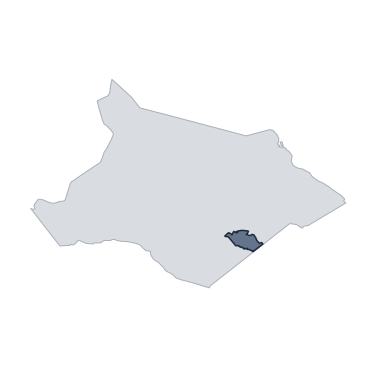 location of Kajiado West, Rift Valley, Kenya, rotated 285°
{"feature_id": "3690345B61385295322660", "entity_name": "Kajiado West", "entity_type": "district", "adm_level": 2, "iso_a3": "KEN", "parent_name": "Kenya", "parent_adm1": "Rift Valley", "projection": "equal_earth", "projection_center": [36.295, -1.696], "detail": "fine", "context": "in_parent", "style": "filled", "palette": "slate", "viewbox_px": 384, "rotation_deg": 285, "n_neighbors": 0, "source": "geoboundaries", "source_scale": "gbopen_adm2", "svg_char_len": 5468}
<svg xmlns="http://www.w3.org/2000/svg" viewBox="0 0 384 384"><g transform="rotate(285 192 192)"><path d="M104.0,233.7L104.0,228.6L104.5,215.7L104.4,204.4L104.9,198.7L107.0,195.1L107.9,192.5L108.6,188.8L109.7,185.9L112.2,183.5L112.6,182.1L115.2,178.1L116.8,172.9L118.0,171.1L119.5,169.5L120.5,168.6L122.2,167.8L123.5,167.3L123.8,166.9L123.9,166.0L123.5,162.8L124.0,161.7L124.9,159.6L126.0,157.6L126.9,156.3L127.5,155.0L127.7,152.7L127.8,151.1L127.7,148.5L127.4,142.5L126.3,137.6L125.7,132.0L126.2,130.1L125.3,126.9L124.9,126.7L124.2,126.0L123.3,122.9L122.6,120.1L122.1,119.4L119.2,116.9L117.7,111.1L116.1,109.8L115.2,104.1L115.0,102.4L116.0,96.7L115.9,95.3L114.9,94.1L112.1,92.9L109.9,90.5L110.1,89.7L110.3,88.8L109.1,88.3L105.7,78.4L110.1,72.5L114.6,66.5L120.3,59.0L125.6,52.0L130.2,46.0L134.2,40.7L134.1,41.7L134.1,43.1L134.6,43.9L135.5,44.5L136.6,43.8L137.6,43.0L138.6,42.8L144.7,45.1L145.7,47.0L145.7,49.1L145.9,50.6L145.5,52.1L144.9,56.7L145.1,61.0L146.9,64.1L148.6,66.6L149.8,70.0L150.8,71.1L152.1,71.6L156.3,71.8L162.5,72.0L168.5,72.2L169.0,72.3L170.3,72.7L175.8,77.4L180.8,81.7L185.1,85.4L189.2,89.0L193.2,92.5L196.3,95.4L199.4,96.3L204.4,96.7L207.8,96.8L211.0,98.1L215.8,99.2L219.3,99.8L221.4,100.5L227.4,101.1L228.4,100.7L231.0,97.5L233.9,92.3L235.0,89.4L238.8,86.5L245.5,82.5L250.2,79.7L255.4,76.9L257.7,79.3L261.0,83.3L262.5,85.2L263.7,86.1L265.4,86.6L267.6,86.7L268.8,86.6L271.2,86.1L276.8,85.6L280.0,85.6L277.3,90.9L274.1,97.1L268.1,108.7L263.6,114.8L260.1,119.4L259.8,120.2L259.8,125.3L259.9,137.8L260.0,162.9L260.1,187.9L260.2,213.0L260.2,225.5L260.2,229.7L263.2,235.0L266.2,240.2L270.1,247.0L272.2,250.6L272.5,251.8L272.4,254.3L269.2,259.4L266.5,261.7L263.0,262.8L261.9,262.6L260.5,261.9L260.0,263.1L259.6,265.0L258.8,264.6L258.2,264.0L258.6,267.4L258.9,269.1L258.4,271.4L256.7,273.3L256.5,275.0L252.8,279.4L247.5,279.9L244.7,282.0L243.5,283.8L242.5,287.7L242.8,293.6L241.4,298.2L241.1,300.5L238.4,303.5L237.1,306.2L236.2,309.0L235.5,310.2L234.5,316.4L233.2,320.2L232.9,321.4L232.6,322.6L231.6,324.8L231.0,326.3L230.5,327.3L227.3,337.0L224.7,341.3L222.8,340.8L221.5,342.5L221.3,343.3L220.6,342.9L219.0,341.3L215.6,338.0L212.2,334.7L208.8,331.4L205.5,328.2L202.1,324.9L198.7,321.6L195.3,318.3L191.9,315.0L189.9,313.1L189.1,312.0L188.4,309.7L188.0,309.1L187.1,308.4L186.1,308.3L185.8,307.8L185.8,306.7L186.2,305.2L187.4,302.1L187.5,300.4L187.3,298.4L186.9,295.1L186.6,294.4L184.3,292.7L179.6,289.2L174.9,285.6L170.2,282.1L165.5,278.6L160.8,275.0L156.1,271.5L151.4,268.0L146.7,264.4L142.0,260.9L137.3,257.4L132.6,253.8L127.9,250.3L123.2,246.7L118.5,243.2L113.8,239.7L109.1,236.1L107.3,234.8L105.7,233.7L104.0,233.7ZM260.5,268.0L259.7,268.3L260.1,266.6L262.5,264.4L263.5,264.9L263.7,265.4L263.7,265.9L263.2,266.3L260.5,268.0Z" fill="#d9dde1" stroke="#a8b0b8" stroke-width="1"/><path d="M168.6,256.6L168.6,256.4L168.7,256.2L168.7,255.9L168.8,255.8L168.8,255.7L168.7,255.2L168.6,254.4L168.5,253.7L168.4,253.5L168.4,253.3L168.4,253.2L168.2,251.8L168.2,251.7L168.1,251.2L167.9,250.7L167.9,250.4L167.8,250.0L167.7,249.7L167.5,249.2L167.4,249.2L167.2,248.7L167.0,248.3L166.9,248.1L166.6,247.4L166.3,246.8L166.1,246.4L165.9,246.5L165.7,246.5L165.4,246.5L165.4,246.4L165.5,246.3L165.4,246.2L165.5,245.8L165.5,245.6L165.3,245.5L165.2,245.4L165.1,245.5L165.1,245.4L165.1,245.5L165.0,245.4L164.9,245.4L164.8,245.5L164.7,245.5L164.3,245.7L164.3,245.4L164.4,245.2L164.2,244.9L164.2,244.7L164.6,244.4L164.6,244.2L164.6,243.8L164.5,243.7L164.4,243.5L164.5,243.4L164.5,243.2L164.6,242.5L161.1,241.6L161.4,241.1L161.6,240.7L162.0,238.8L162.1,238.4L162.2,238.1L161.5,237.4L161.2,237.1L160.3,236.5L159.9,236.3L158.1,235.2L157.7,234.9L157.6,234.7L157.7,235.0L158.0,238.7L155.8,242.0L153.0,245.9L151.9,247.5L151.7,247.7L151.4,248.2L151.6,248.4L151.6,248.5L151.8,248.9L151.8,249.0L151.9,249.5L152.0,249.7L152.0,249.8L152.1,250.0L152.2,250.3L152.2,250.5L152.2,250.8L152.1,251.2L151.9,251.1L151.9,251.3L151.8,251.5L151.7,251.7L151.7,251.8L151.5,252.0L151.5,252.4L151.5,252.5L151.4,252.7L151.5,252.7L151.5,252.8L151.4,252.8L151.3,253.0L151.5,253.2L151.5,253.3L151.6,253.5L151.6,253.8L151.6,254.0L151.7,254.3L151.6,254.5L151.4,254.5L151.3,254.8L151.3,255.0L151.4,255.3L151.2,255.4L151.2,255.5L151.1,255.9L151.0,256.0L151.0,256.3L150.9,256.5L150.7,256.6L150.8,256.7L151.0,256.7L151.0,256.8L150.9,256.9L150.9,257.0L150.8,257.3L150.7,257.3L150.7,257.5L150.8,257.6L151.0,257.9L151.0,258.0L150.9,258.0L151.0,258.2L151.3,258.2L151.3,258.3L151.2,258.3L151.3,258.5L151.4,258.8L151.4,259.1L151.4,259.3L151.4,259.5L151.2,259.7L151.1,259.8L151.1,260.0L151.0,259.9L150.9,260.0L151.0,260.2L151.0,260.3L151.1,260.5L151.3,260.5L151.2,260.6L151.0,260.8L151.1,261.1L151.2,261.3L151.2,261.5L151.1,261.8L151.2,262.1L151.2,262.3L151.2,262.5L151.1,262.8L151.1,263.1L151.1,263.3L151.1,263.5L150.9,263.7L150.9,263.8L150.9,264.0L150.8,264.3L150.8,264.6L150.9,265.8L150.3,265.8L150.3,266.4L153.8,269.1L155.2,270.2L160.1,273.9L161.2,272.4L160.2,270.7L160.0,270.3L160.1,270.2L160.2,269.8L160.4,269.6L160.5,269.5L160.7,269.2L160.8,269.0L161.0,268.6L161.1,268.4L161.4,268.1L161.5,267.8L161.6,267.7L161.7,267.4L164.4,265.3L165.4,264.1L165.5,264.0L165.7,263.9L165.8,263.7L166.2,263.4L166.3,263.2L166.5,263.0L166.4,262.6L166.5,262.4L166.6,262.2L166.6,261.9L166.7,261.5L166.7,261.4L166.6,261.2L166.5,260.9L166.1,260.7L164.9,259.1L164.8,258.2L165.1,256.3L165.2,255.6L165.6,255.9L165.8,256.0L166.1,256.2L167.0,256.4L167.4,256.5L168.2,256.5L168.6,256.6Z" fill="#64748b" stroke="#1e293b" stroke-width="1.5"/></g></svg>